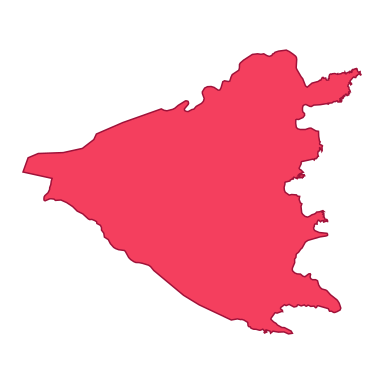 the district of La Pointe, Praslin, Saint Lucia
{"feature_id": "8701671B89606244104668", "entity_name": "La Pointe", "entity_type": "district", "adm_level": 2, "iso_a3": "LCA", "parent_name": "Saint Lucia", "parent_adm1": "Praslin", "projection": "orthographic", "projection_center": [-60.889, 13.846], "detail": "fine", "context": "isolated", "style": "filled", "palette": "rose", "viewbox_px": 384, "rotation_deg": 0, "n_neighbors": 0, "source": "geoboundaries", "source_scale": "gbopen_adm2", "svg_char_len": 5955}
<svg xmlns="http://www.w3.org/2000/svg" viewBox="0 0 384 384"><path d="M150.6,266.6L153.8,270.5L183.7,295.4L199.1,304.8L231.3,320.0L237.4,318.9L240.8,319.6L241.9,319.4L244.0,320.1L247.7,322.4L248.1,325.8L249.0,326.7L250.3,326.9L251.0,328.2L253.5,329.2L256.1,329.3L259.4,330.2L260.4,330.2L262.8,329.2L264.8,331.3L264.1,332.4L264.6,333.0L266.8,332.0L265.8,330.1L266.3,329.9L270.0,331.1L270.6,333.2L273.0,331.2L278.4,332.1L284.0,331.9L288.5,333.9L292.4,333.3L291.2,331.1L284.4,327.6L281.9,327.5L277.4,325.0L276.2,323.5L273.6,321.9L270.9,319.3L271.1,318.2L274.8,313.0L275.3,312.7L277.1,313.1L281.9,311.4L282.6,311.6L282.4,310.3L280.6,308.9L280.5,308.1L280.9,307.4L284.5,304.7L286.1,305.6L289.1,304.4L294.0,307.0L296.7,306.4L297.4,305.1L298.2,304.7L301.2,305.9L304.3,304.9L305.6,306.0L306.5,306.2L307.9,305.2L308.7,305.3L310.7,306.4L314.0,306.1L315.6,307.7L316.4,307.5L317.4,305.8L318.1,305.7L327.5,308.4L328.3,308.7L329.5,311.2L331.6,311.2L333.5,312.4L334.7,312.5L336.9,311.7L340.1,310.0L340.8,308.1L340.5,307.1L339.2,303.2L337.3,300.2L330.3,294.6L326.9,290.7L325.7,290.0L322.0,289.0L320.3,287.6L318.7,285.1L317.5,280.7L315.6,279.7L312.4,279.7L310.7,278.6L310.1,276.9L310.6,274.4L310.1,273.7L308.7,273.9L305.0,276.7L304.4,276.6L302.8,276.1L300.5,274.1L297.1,273.9L294.7,272.9L292.8,271.1L292.3,270.0L292.4,268.1L294.7,262.7L294.6,259.6L294.7,258.9L295.9,257.5L296.2,254.4L296.8,253.6L298.5,252.3L300.8,249.1L302.1,248.0L305.3,242.2L307.9,240.4L320.0,236.9L326.0,236.0L327.5,235.4L327.6,234.2L327.0,233.3L319.2,232.5L314.8,230.6L313.8,229.2L313.6,227.6L314.3,226.5L314.2,225.8L314.7,224.3L315.4,223.9L317.1,224.1L317.0,222.4L318.2,220.2L319.0,220.3L320.5,221.8L321.7,220.7L323.9,220.5L324.0,220.9L323.4,221.6L323.7,222.1L325.8,221.3L326.2,220.4L327.2,221.5L327.6,221.5L327.6,220.8L327.0,219.6L324.8,219.0L324.3,217.3L323.4,216.9L324.0,216.0L323.9,215.4L323.0,214.5L323.9,214.1L323.8,213.5L321.9,212.1L321.9,211.8L324.0,211.6L322.9,210.6L319.4,211.8L316.6,212.1L315.6,213.3L314.1,214.1L312.1,214.7L309.3,216.4L307.5,217.1L304.9,216.3L302.7,214.3L301.7,212.7L301.0,206.3L301.9,203.8L300.4,202.9L299.1,199.4L299.7,196.4L297.4,196.1L296.5,194.9L291.7,194.5L289.2,195.1L285.3,192.3L284.4,190.3L284.1,187.5L285.0,183.8L284.8,182.9L285.3,182.1L289.9,181.0L290.4,179.8L292.1,179.3L292.3,178.6L293.3,178.9L293.3,177.8L293.9,177.2L297.3,178.7L297.9,177.8L298.9,177.8L298.5,177.4L296.9,177.4L297.2,177.1L299.8,176.6L299.8,177.3L300.4,177.7L301.4,177.5L302.1,177.9L302.2,177.3L303.2,177.2L303.3,176.3L304.7,175.8L304.2,174.7L301.3,174.8L301.6,173.9L300.2,174.1L299.3,175.5L298.2,175.2L299.5,173.9L303.3,172.3L300.8,169.8L299.8,169.4L299.1,168.2L301.2,163.8L301.0,162.7L301.6,161.6L313.1,159.1L314.2,160.0L314.7,158.7L315.4,158.5L315.9,158.8L317.3,157.5L317.5,156.5L318.4,156.3L317.7,153.9L318.2,151.3L319.6,150.8L319.6,147.1L320.7,149.3L321.8,150.3L321.9,151.1L322.2,150.6L322.0,147.1L322.5,145.9L321.9,145.3L319.7,144.3L319.6,143.1L320.2,141.9L319.5,141.1L318.7,136.4L318.5,131.3L315.9,130.9L311.0,128.1L309.2,128.2L305.4,129.5L300.2,129.5L297.7,128.8L296.3,127.3L295.7,123.2L295.8,119.8L296.7,119.3L298.6,119.5L303.0,117.5L304.6,115.4L304.5,113.5L302.9,112.0L302.5,110.4L302.5,107.8L303.1,105.7L304.4,104.8L305.9,104.5L309.9,106.4L311.4,106.5L313.8,105.1L320.3,104.7L326.1,103.7L327.3,103.7L328.2,104.2L328.7,103.8L328.4,103.2L332.0,102.9L333.9,101.5L335.1,101.7L336.8,100.9L337.5,101.0L337.9,102.0L341.2,101.9L341.6,101.4L341.8,100.0L341.5,99.9L340.8,101.1L340.3,101.2L339.8,100.2L340.4,98.9L340.1,98.6L341.7,97.6L342.1,98.5L343.0,98.4L343.2,98.0L342.4,97.8L343.6,96.9L342.9,96.9L342.9,96.5L343.8,95.5L344.9,95.7L345.5,94.3L346.7,94.3L346.7,95.2L347.1,95.6L348.8,94.8L348.6,93.5L349.3,93.4L348.6,92.1L349.0,91.7L350.3,91.9L349.9,90.4L349.0,89.1L348.9,87.2L347.8,86.3L348.3,84.6L349.5,83.4L350.6,83.6L350.8,84.7L351.6,84.1L351.4,83.2L349.4,82.4L350.2,81.8L350.1,80.9L353.0,77.5L353.9,77.0L355.0,77.6L355.8,77.5L356.5,75.6L357.3,75.5L357.8,74.6L359.5,73.8L360.4,75.0L361.0,74.7L360.9,74.3L360.1,73.8L360.1,71.6L359.8,71.7L359.6,72.6L358.9,72.6L357.6,71.2L356.9,68.7L356.4,68.5L356.1,69.0L355.3,68.7L353.2,69.8L352.9,69.4L352.2,69.8L351.8,70.5L352.0,71.8L351.6,72.4L351.1,72.3L350.7,71.5L349.7,72.6L349.3,71.6L348.4,72.5L347.7,72.5L346.7,73.1L345.6,72.9L345.7,73.7L345.2,73.5L344.8,72.2L344.6,72.7L342.2,72.9L341.3,73.6L337.8,74.3L337.7,73.7L337.0,74.2L334.8,73.5L332.0,73.8L331.6,74.3L330.4,74.0L329.6,74.7L329.0,76.6L329.2,78.3L328.4,78.5L328.6,79.9L326.9,80.2L326.2,79.7L325.7,78.0L323.7,78.3L323.2,77.4L322.3,77.5L320.7,80.3L319.8,80.2L318.3,81.4L312.0,83.1L307.2,87.2L305.5,85.9L302.7,78.7L301.0,76.6L296.7,69.2L296.2,67.7L296.7,59.4L296.4,57.5L295.7,56.3L293.4,54.4L289.4,51.6L286.3,50.1L278.6,51.1L275.0,52.3L273.7,53.7L272.6,54.0L271.8,55.5L269.3,56.4L267.1,55.7L263.8,53.8L261.0,54.3L257.6,53.8L252.4,54.4L243.6,60.1L240.4,62.9L239.5,64.4L239.4,68.0L238.8,70.2L232.2,74.6L231.0,77.2L229.8,81.1L228.4,81.5L224.5,80.8L222.8,81.7L221.1,87.6L220.0,89.8L219.1,90.2L218.1,90.1L214.1,87.4L211.1,86.5L207.4,86.7L204.6,88.1L202.3,91.9L202.4,93.6L204.2,98.5L203.4,101.3L201.5,103.4L196.2,106.4L193.8,109.2L192.0,109.5L188.1,111.6L186.0,111.3L184.6,110.5L184.4,108.9L188.2,104.4L188.6,103.2L188.1,101.4L186.9,100.9L185.4,100.9L178.3,105.3L174.9,108.2L172.8,109.3L166.9,110.8L164.0,110.3L161.3,108.9L122.7,122.6L96.4,134.0L93.8,139.6L82.4,148.4L63.2,152.6L38.2,153.5L28.1,157.8L23.0,172.0L52.1,178.4L51.3,181.0L50.8,184.6L49.7,187.6L49.6,189.5L48.0,192.8L44.9,195.6L44.1,197.0L43.9,199.2L44.2,200.4L45.1,200.8L49.8,198.8L51.5,198.8L54.0,199.1L55.4,200.4L60.9,200.0L66.7,202.6L72.7,206.6L77.2,211.1L82.7,213.8L88.3,218.9L89.7,219.6L91.9,219.4L94.6,220.5L96.6,221.7L96.9,223.5L100.4,225.3L101.5,227.6L101.5,230.1L103.8,233.2L104.4,237.1L108.3,239.6L110.4,243.7L113.7,247.4L115.7,248.6L118.6,249.7L124.5,250.5L125.5,251.7L128.7,257.5L130.6,259.5L133.9,261.7L135.9,262.5L139.1,262.6L142.4,263.3L148.6,265.2L150.6,266.6Z" fill="#f43f5e" stroke="#9f1239" stroke-width="1.5"/></svg>